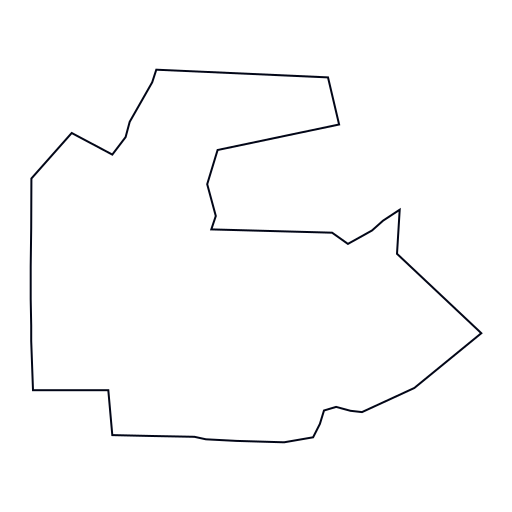 Poço das Antas, Rio Grande do Sul, Brazil
{"feature_id": "56859067B25116019813755", "entity_name": "Poço das Antas", "entity_type": "district", "adm_level": 2, "iso_a3": "BRA", "parent_name": "Brazil", "parent_adm1": "Rio Grande do Sul", "projection": "natural_earth1", "projection_center": [-51.638, -29.441], "detail": "fine", "context": "isolated", "style": "outline", "palette": "ink", "viewbox_px": 512, "rotation_deg": 0, "n_neighbors": 0, "source": "geoboundaries", "source_scale": "gbopen_adm2", "svg_char_len": 619}
<svg xmlns="http://www.w3.org/2000/svg" viewBox="0 0 512 512"><path d="M328.0,77.4L156.3,69.7L152.2,82.3L129.7,121.8L125.6,137.1L112.3,154.6L71.7,133.0L31.4,178.5L31.2,227.8L30.7,266.4L30.7,299.0L31.2,325.6L31.2,340.9L33.0,390.2L108.3,390.2L112.3,435.1L152.2,436.0L194.4,436.8L205.9,439.3L236.5,440.9L284.1,442.3L313.1,437.3L319.9,423.9L324.0,410.5L336.1,406.9L350.5,410.8L362.0,412.1L414.3,388.0L481.3,333.2L397.0,253.8L399.7,209.7L383.0,220.7L372.0,230.5L347.9,243.9L332.1,232.7L314.3,232.2L211.3,229.4L215.8,216.0L207.2,184.2L217.6,150.0L339.1,124.5L328.0,77.4Z" fill="none" stroke="#020617" stroke-width="2"/></svg>